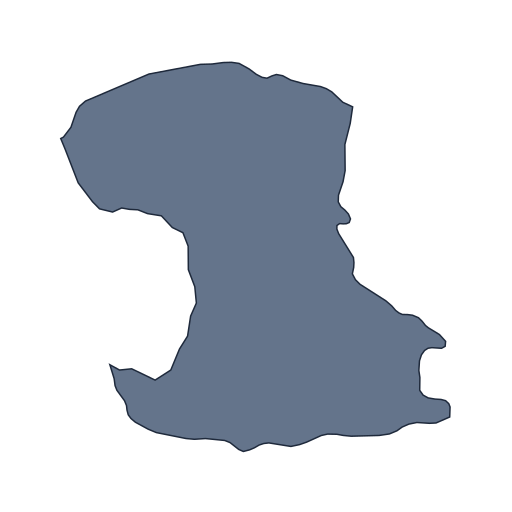 an SVG outline of Toyama, rotated 260°
{"feature_id": "JPN-1846", "entity_name": "Toyama", "entity_type": "Prefecture", "adm_level": 1, "iso_a3": "JPN", "parent_name": "Japan", "parent_adm1": "", "projection": "robinson", "projection_center": [137.15, 36.624], "detail": "fine", "context": "isolated", "style": "filled", "palette": "slate", "viewbox_px": 512, "rotation_deg": 260, "n_neighbors": 0, "source": "natural_earth", "source_scale": "10m", "svg_char_len": 1862}
<svg xmlns="http://www.w3.org/2000/svg" viewBox="0 0 512 512"><g transform="rotate(260 256 256)"><path d="M174.3,93.2L167.4,101.8L166.5,114.0L151.3,135.1L158.5,152.3L177.7,164.5L189.0,174.7L208.2,181.2L220.0,189.1L236.4,190.4L254.3,187.0L277.5,190.9L291.6,188.1L298.6,178.5L312.0,169.8L316.6,156.5L322.0,147.7L323.9,139.5L326.6,132.0L324.2,122.4L329.6,110.1L337.9,104.4L358.9,93.6L394.3,86.6L405.6,84.1L406.5,87.0L414.9,96.1L428.8,103.8L434.1,108.2L438.2,115.0L453.8,182.2L454.4,234.5L452.7,246.0L452.2,257.4L451.0,265.5L448.6,272.8L441.4,281.7L434.9,287.8L430.9,293.0L429.2,297.7L430.6,303.0L431.2,307.6L428.9,313.6L423.2,320.8L417.7,332.3L411.7,348.9L408.6,354.3L404.5,359.1L392.3,368.2L386.1,377.1L370.2,371.8L350.4,362.9L324.6,358.6L314.0,354.6L301.6,347.8L295.0,346.4L289.8,348.1L285.8,351.5L281.3,354.3L276.1,355.5L272.8,353.6L272.1,350.6L272.5,347.5L273.4,344.0L272.0,341.0L268.5,340.3L263.6,341.3L237.6,351.7L232.5,351.3L227.7,350.2L221.7,347.8L215.4,349.8L210.1,353.5L189.2,376.2L183.3,381.0L178.1,384.1L175.1,386.9L173.0,390.0L172.0,395.1L170.5,399.9L167.0,405.3L163.0,408.2L158.2,410.8L155.5,413.1L146.8,423.0L139.0,427.9L134.2,426.6L132.9,422.7L135.2,413.3L135.3,409.4L133.7,405.6L130.0,401.8L124.4,398.8L115.0,396.5L107.9,396.3L95.3,393.9L90.0,396.4L86.4,400.8L84.0,407.5L82.6,413.3L80.6,417.6L77.1,420.2L73.6,420.9L63.8,418.8L60.3,404.3L61.1,397.9L64.1,385.5L63.9,377.3L62.2,370.3L59.4,364.5L57.6,356.5L57.9,346.1L62.0,318.5L64.2,310.6L66.4,304.7L68.2,295.6L67.9,289.1L63.9,273.5L62.7,266.2L62.4,257.3L69.7,236.2L70.0,231.1L69.3,226.3L67.4,221.1L66.2,216.0L65.7,209.6L68.5,205.4L76.8,198.0L79.8,193.1L85.0,174.5L86.2,163.5L88.4,155.4L99.4,127.2L104.2,119.7L113.3,108.3L117.6,104.7L121.8,102.6L126.6,102.2L131.2,102.5L136.3,101.4L147.9,95.7L152.8,94.7L159.8,95.0L173.6,93.3L174.3,93.2Z" fill="#64748b" stroke="#1e293b" stroke-width="1.5"/></g></svg>